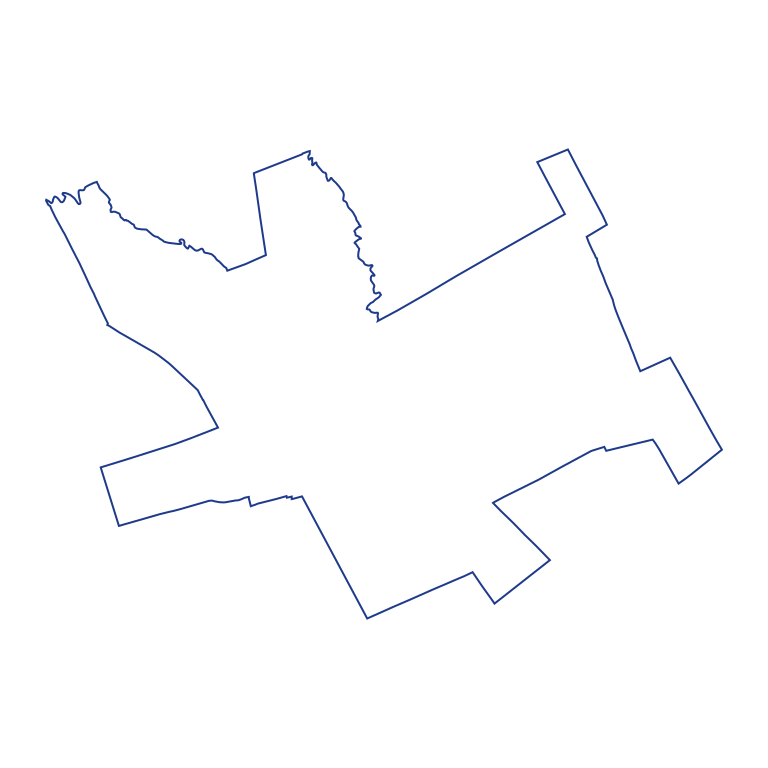 outline of Mizil, Prahova, Romania
{"feature_id": "2599482B63196712771897", "entity_name": "Mizil", "entity_type": "district", "adm_level": 2, "iso_a3": "ROU", "parent_name": "Romania", "parent_adm1": "Prahova", "projection": "mercator", "projection_center": [26.445, 45.004], "detail": "fine", "context": "isolated", "style": "outline", "palette": "blue", "viewbox_px": 768, "rotation_deg": 0, "n_neighbors": 0, "source": "geoboundaries", "source_scale": "gbopen_adm2", "svg_char_len": 6025}
<svg xmlns="http://www.w3.org/2000/svg" viewBox="0 0 768 768"><path d="M118.9,525.9L159.7,514.2L169.4,511.8L174.0,510.8L180.1,509.2L209.1,500.8L211.3,500.6L212.6,500.7L213.7,501.1L219.5,502.2L222.9,502.4L225.3,502.3L235.3,500.5L238.3,500.3L240.9,499.4L245.1,497.6L248.8,496.9L248.9,498.5L250.8,506.2L255.3,504.7L257.6,503.7L275.8,499.1L286.5,496.1L286.9,497.7L291.7,496.6L291.7,499.1L292.4,499.0L302.0,496.4L367.2,618.5L393.9,606.6L409.7,599.8L431.8,590.0L455.8,579.7L463.9,576.3L472.6,572.2L482.7,587.0L493.2,601.6L494.5,603.6L549.9,560.1L536.2,546.0L524.8,534.9L514.1,523.8L500.8,510.9L493.0,502.9L493.7,502.4L504.3,496.7L538.6,479.7L562.6,466.4L590.6,451.3L592.7,450.5L604.3,446.9L606.2,450.8L652.7,439.6L655.6,443.6L658.9,448.8L678.6,483.6L686.4,478.0L690.9,474.6L721.9,449.7L716.6,440.8L709.7,428.6L693.7,399.5L688.8,390.8L686.5,386.6L679.0,373.1L670.2,357.7L640.3,371.2L636.1,361.0L633.2,353.1L631.1,348.3L629.8,344.5L624.0,330.7L618.5,317.4L615.6,309.9L614.1,305.3L612.7,299.6L605.7,283.2L603.4,276.8L602.3,274.2L600.9,271.1L598.6,265.1L598.0,263.0L597.3,261.2L597.0,258.4L595.9,257.7L594.8,255.0L592.1,249.7L588.9,242.7L586.7,236.8L606.9,224.7L606.2,223.2L602.5,215.2L575.8,164.8L567.9,149.5L537.3,162.1L544.8,176.4L564.9,214.1L497.9,252.2L455.9,276.3L426.4,293.9L397.6,310.4L377.8,321.0L378.3,319.4L378.2,318.5L377.8,317.8L377.6,316.8L377.6,316.2L378.0,313.2L377.8,312.8L377.2,312.7L375.1,312.9L373.3,312.6L371.6,312.1L370.8,311.6L369.6,309.7L369.2,309.5L367.3,309.3L366.8,309.0L366.9,308.4L367.1,307.5L367.6,306.3L367.9,305.9L368.7,305.1L370.7,303.1L373.0,302.0L375.2,299.8L376.4,298.9L377.6,298.2L378.8,297.3L380.7,295.2L380.9,294.8L380.8,294.5L380.2,293.8L379.7,292.7L378.7,292.5L376.0,293.5L374.9,293.2L374.4,292.9L374.0,292.4L373.9,292.0L373.5,289.3L373.5,288.6L374.3,286.4L374.2,285.3L373.9,284.7L371.1,280.7L370.9,280.2L370.8,279.7L370.8,279.0L370.9,277.4L371.2,276.6L371.9,275.6L372.6,275.5L374.0,275.8L374.4,275.6L374.5,275.4L374.5,275.2L374.2,274.8L372.3,272.4L371.9,272.1L370.8,270.9L370.4,270.0L370.5,268.5L370.9,267.8L372.5,265.9L372.4,265.6L372.1,265.2L371.5,265.1L369.2,265.6L368.4,265.6L367.4,265.4L365.4,264.7L364.2,263.6L363.8,262.5L363.3,261.7L358.6,258.2L358.5,257.0L358.2,256.6L358.2,255.2L358.5,252.1L359.1,249.5L359.2,248.7L358.9,248.4L357.3,246.2L356.4,244.7L355.7,243.9L354.7,243.1L354.6,242.9L354.8,242.4L355.4,241.9L358.1,239.8L359.3,239.1L360.9,238.7L361.0,238.4L360.8,238.1L358.8,236.7L357.9,236.2L356.3,235.6L355.8,235.3L355.5,234.6L355.3,232.9L354.4,231.3L354.5,230.9L354.9,230.4L356.4,228.8L358.6,227.0L359.0,226.8L360.5,226.7L360.5,226.1L359.0,224.3L358.7,223.5L358.5,222.9L356.7,220.4L356.3,219.6L356.1,218.4L355.8,217.4L353.1,212.6L351.8,210.9L349.3,208.4L348.6,207.6L347.8,206.2L346.9,203.4L346.5,202.6L345.8,201.8L345.0,201.3L344.0,200.9L343.4,200.3L343.3,200.0L343.2,199.4L343.8,195.2L343.7,193.9L343.5,193.2L342.9,191.6L341.0,189.1L340.2,188.1L339.6,187.1L335.9,182.8L333.9,181.0L332.6,179.6L331.5,178.1L331.1,178.0L330.7,178.1L330.3,179.0L329.7,179.9L329.1,180.5L328.5,180.8L328.0,180.8L327.8,180.7L326.6,177.6L326.3,176.2L326.3,174.5L325.7,173.2L325.2,172.8L323.5,172.3L322.5,171.6L319.0,167.5L317.0,164.9L316.6,163.8L316.5,163.0L316.2,162.5L315.9,162.5L315.2,162.9L313.3,164.8L312.9,165.2L312.4,165.2L312.0,164.3L312.4,162.6L312.4,162.0L312.2,161.6L312.1,160.5L312.3,158.7L312.2,158.1L311.8,157.9L311.1,158.0L310.8,158.2L309.9,159.3L309.4,159.6L308.9,159.5L308.7,159.1L308.4,157.9L308.3,157.2L308.4,156.1L308.6,155.6L309.6,154.3L309.7,153.6L309.8,151.1L307.7,151.6L302.5,153.6L302.1,154.3L254.7,172.8L253.8,173.3L256.4,190.5L260.5,219.6L265.9,255.1L254.9,259.9L245.8,264.0L227.3,270.7L226.3,268.0L224.8,267.0L223.5,266.0L221.7,264.0L219.3,261.6L218.4,260.9L217.9,260.7L217.2,260.1L216.5,259.4L214.6,256.7L213.4,255.8L212.4,254.8L211.2,254.1L207.8,253.2L206.1,253.0L204.3,252.4L202.8,249.3L202.3,248.9L202.0,248.7L201.1,248.8L198.2,250.4L196.5,250.7L195.3,250.3L194.8,250.0L192.7,248.3L191.2,246.9L189.4,245.8L188.3,248.0L187.8,248.6L187.4,248.5L186.5,247.8L185.2,246.4L184.2,245.0L184.4,242.5L184.2,241.2L183.6,240.3L183.2,239.9L181.9,239.4L181.3,239.4L180.3,239.7L179.8,240.1L179.5,240.9L179.6,241.5L181.3,242.9L181.3,243.2L181.1,243.7L180.9,243.9L180.4,244.0L177.6,243.9L168.9,242.9L165.5,242.1L164.0,241.6L162.3,240.2L159.3,238.4L158.5,237.6L157.7,237.1L155.1,236.4L154.2,236.0L152.7,235.0L146.5,229.6L141.3,229.3L139.8,229.1L136.8,228.6L135.2,227.7L134.8,227.3L134.3,226.1L134.1,225.3L133.8,224.8L133.5,224.5L132.2,224.0L128.3,221.0L127.3,220.6L126.6,220.6L126.2,220.1L125.8,219.9L125.3,220.0L124.9,220.3L124.3,220.3L123.6,219.8L122.2,218.3L121.3,217.7L120.7,217.1L119.7,214.2L119.3,213.7L118.7,213.3L115.2,211.8L114.2,211.7L113.3,211.7L111.8,212.1L111.0,211.9L110.8,211.8L110.9,211.4L110.5,210.1L110.5,209.8L111.4,208.0L111.5,207.7L111.4,206.8L111.1,206.0L110.8,205.6L110.7,204.8L110.4,204.4L109.3,203.2L109.0,202.9L108.9,202.5L108.9,202.2L109.1,201.3L109.7,200.3L109.8,199.5L109.6,199.3L107.8,196.6L106.1,194.7L100.3,189.1L99.3,187.5L98.7,185.7L97.5,183.5L96.8,181.9L93.5,183.0L88.4,185.4L85.3,187.2L84.1,189.9L83.4,190.2L81.7,190.3L79.9,190.1L78.9,190.6L78.6,191.4L78.6,193.1L79.2,197.5L80.1,200.8L80.4,201.9L80.5,203.0L80.1,203.7L79.6,204.0L78.8,204.1L77.8,203.2L75.7,200.0L74.3,198.2L70.4,195.0L68.2,194.0L65.7,193.1L63.9,192.9L63.0,193.0L62.6,193.6L62.7,194.5L64.5,195.9L65.4,196.7L65.2,197.6L63.9,200.8L62.8,201.9L62.1,202.2L61.2,202.1L60.5,201.7L57.9,198.3L56.6,197.3L55.5,196.7L54.5,196.7L54.1,197.2L53.0,199.8L52.8,201.4L52.3,202.3L51.8,202.9L51.4,203.1L51.0,203.0L50.4,202.4L48.6,201.0L46.3,199.8L46.1,200.7L48.3,204.9L50.2,206.1L51.6,209.5L55.3,217.2L62.9,231.1L64.7,234.1L71.7,248.2L79.5,263.3L85.2,275.5L90.7,287.5L94.1,294.1L94.9,296.2L104.4,316.4L107.9,323.5L107.3,325.0L109.2,325.9L119.6,332.6L148.9,349.4L154.9,352.9L158.6,355.4L163.9,359.4L168.7,363.1L171.2,365.3L197.8,390.2L199.5,393.7L202.9,400.0L203.2,400.0L206.5,406.6L218.0,427.6L189.8,438.6L174.8,444.1L133.1,457.4L100.7,467.4L118.9,525.9Z" fill="none" stroke="#1e3a8a" stroke-width="2"/></svg>